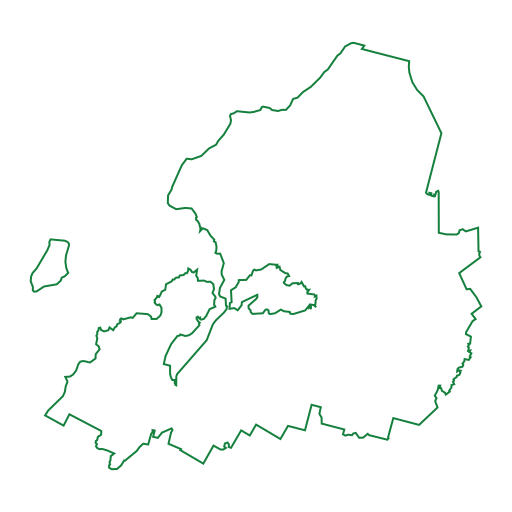 Porirua City, Wellington, New Zealand
{"feature_id": "76426892B55441287291699", "entity_name": "Porirua City", "entity_type": "district", "adm_level": 2, "iso_a3": "NZL", "parent_name": "New Zealand", "parent_adm1": "Wellington", "projection": "mercator", "projection_center": [174.863, -41.084], "detail": "fine", "context": "isolated", "style": "outline", "palette": "green", "viewbox_px": 512, "rotation_deg": 0, "n_neighbors": 0, "source": "geoboundaries", "source_scale": "gbopen_adm2", "svg_char_len": 6046}
<svg xmlns="http://www.w3.org/2000/svg" viewBox="0 0 512 512"><path d="M353.6,42.8L351.1,43.2L345.1,46.5L340.4,53.4L337.4,55.6L327.8,69.5L324.3,72.0L320.2,77.6L310.9,86.8L302.9,92.1L297.5,97.7L293.1,98.9L290.1,105.5L285.9,109.9L282.2,109.8L277.9,111.0L272.0,110.0L269.7,108.0L262.9,106.6L261.7,107.2L260.4,110.0L253.9,111.9L249.5,112.5L237.0,111.2L233.6,113.4L230.9,114.0L230.0,116.0L231.0,120.1L230.4,123.7L223.8,134.6L218.3,140.8L216.1,144.7L209.2,148.3L201.3,155.9L191.7,159.3L186.7,158.7L181.9,165.1L172.2,186.8L171.5,189.7L168.1,195.3L167.8,203.1L169.5,205.6L176.2,209.2L185.4,207.9L191.6,208.5L195.7,214.0L196.8,217.2L196.1,217.7L196.1,219.8L197.6,220.9L199.3,223.8L200.1,227.4L200.7,227.5L200.1,231.1L202.8,228.3L207.2,230.1L210.6,235.8L214.3,239.7L213.9,241.4L215.6,242.3L216.5,246.5L216.3,250.5L215.4,252.8L217.0,253.7L220.2,253.7L223.8,263.1L221.6,271.2L221.7,274.6L224.3,279.9L220.0,287.8L219.0,294.1L220.2,296.5L225.6,298.6L226.0,305.7L227.1,306.4L226.4,309.4L224.0,312.5L215.6,320.6L212.8,324.5L206.7,340.2L177.2,374.0L176.3,376.4L176.2,385.2L175.3,384.7L175.4,382.8L174.8,384.0L174.7,380.0L172.3,380.0L170.9,377.3L170.1,374.0L170.1,365.7L163.8,364.1L165.6,355.9L171.2,344.0L177.4,336.0L179.8,335.5L180.3,334.5L185.5,336.0L189.1,335.2L192.2,333.1L199.4,325.2L198.9,323.6L199.8,322.7L197.8,321.0L196.5,318.6L196.7,317.3L197.8,316.7L198.9,318.0L200.1,317.6L199.9,318.8L200.9,319.6L203.7,319.0L206.2,316.0L209.6,309.2L215.3,306.7L214.1,304.5L214.4,300.0L215.6,298.1L215.3,296.6L212.5,293.0L214.0,289.1L213.3,284.1L210.4,281.7L207.0,281.9L204.1,280.6L198.0,280.8L197.7,277.9L196.2,275.8L197.1,269.7L193.6,272.5L191.8,271.9L190.5,269.7L188.3,268.5L188.2,270.6L187.0,273.1L185.3,273.2L183.6,275.0L179.8,275.5L178.8,277.5L176.1,277.6L173.9,279.7L172.7,279.5L171.6,281.4L166.1,284.2L165.2,289.8L161.8,291.5L159.8,296.0L158.6,296.7L160.0,297.2L157.5,296.7L157.6,295.0L156.8,297.5L154.5,300.1L155.1,301.3L154.6,302.6L156.0,304.2L157.5,305.2L159.5,304.5L161.5,307.9L161.5,312.4L160.4,315.5L156.7,318.9L151.6,319.0L151.1,316.6L147.7,314.1L136.6,313.3L132.7,317.9L130.8,317.3L123.1,319.4L121.3,318.4L120.1,319.4L120.5,320.3L119.9,320.9L120.8,321.5L120.4,322.6L117.2,324.3L116.6,326.3L114.9,327.3L113.2,330.2L109.5,327.4L108.4,330.2L104.1,331.4L101.1,330.0L100.3,327.6L98.7,328.1L98.4,330.6L97.2,331.8L97.3,334.2L96.4,335.7L97.3,338.3L96.1,344.2L98.8,346.5L99.6,349.3L95.7,354.2L95.5,358.5L90.0,362.5L83.5,361.0L80.4,361.6L78.4,364.1L76.1,370.6L73.1,374.5L69.9,376.6L65.3,376.9L67.3,381.1L67.2,382.7L65.8,386.0L64.8,392.0L62.9,396.2L48.3,410.4L45.1,415.4L63.6,425.6L69.4,414.3L101.3,431.0L101.1,434.8L97.9,436.8L97.1,440.2L95.9,440.9L95.6,442.8L96.9,444.0L96.0,446.3L97.4,448.2L99.6,449.2L102.0,448.9L106.9,450.3L114.2,453.5L110.8,456.1L110.4,460.5L109.5,462.0L110.1,464.5L109.1,465.3L109.1,467.7L111.7,469.2L116.9,469.0L121.1,465.5L124.1,460.5L124.9,460.7L136.7,451.0L139.5,447.1L143.2,443.7L148.2,444.5L151.2,433.8L152.6,432.1L152.5,430.1L154.7,430.5L153.1,436.8L157.8,437.9L162.0,432.6L171.6,428.4L172.5,430.0L171.0,432.7L168.5,443.8L181.0,449.1L180.3,450.1L203.3,463.6L213.5,445.6L220.5,449.5L223.3,449.5L225.9,447.9L224.2,446.6L224.9,443.5L227.6,442.5L228.9,444.5L228.8,447.0L231.0,447.8L241.2,430.4L249.8,435.5L256.1,424.6L280.4,439.0L288.0,425.9L305.0,430.3L311.6,404.8L320.8,407.2L319.4,413.8L321.6,417.6L321.7,423.6L344.3,429.5L343.0,434.3L345.3,435.6L348.3,434.7L352.0,435.2L353.3,433.5L355.7,432.9L359.2,437.8L363.2,437.6L367.7,433.8L369.2,435.2L387.4,439.7L388.6,438.2L388.1,437.2L393.3,418.1L419.1,424.9L437.5,407.5L435.2,401.1L436.5,398.1L434.8,395.7L437.6,390.3L438.7,385.6L440.2,385.6L439.8,388.1L441.2,388.2L441.9,390.8L445.0,392.7L445.8,394.6L449.8,391.6L449.2,390.7L451.4,387.5L451.5,385.1L454.2,384.2L453.0,381.6L454.0,380.7L453.5,379.3L456.8,376.8L456.9,375.7L459.4,374.8L460.4,372.5L460.0,372.0L460.7,370.7L458.7,370.4L457.2,371.4L457.5,369.1L458.7,367.7L462.5,366.7L463.3,364.8L462.5,363.5L464.3,361.4L464.6,359.1L468.8,359.9L470.5,357.5L469.8,357.5L469.7,356.4L471.4,353.3L469.3,352.0L470.2,350.5L468.1,350.8L468.9,347.8L467.8,346.5L468.8,345.3L468.3,343.8L470.1,343.7L470.9,336.6L465.9,334.1L466.2,332.0L472.6,321.1L475.6,319.1L471.6,313.8L481.3,306.4L476.5,297.4L470.2,288.9L466.6,289.3L459.2,273.1L480.4,257.3L479.3,255.4L479.2,253.7L480.0,251.9L478.5,251.2L478.1,227.7L465.8,231.4L462.6,229.2L459.6,230.3L458.8,233.1L456.7,234.5L446.3,234.4L438.8,232.8L438.7,192.2L438.2,190.8L436.2,191.8L435.1,195.7L434.1,194.9L433.8,196.4L431.5,195.7L431.3,193.2L429.5,192.9L430.2,195.0L427.3,194.2L426.0,192.7L441.4,133.2L423.6,96.5L417.1,89.9L412.4,82.3L409.4,72.7L408.8,66.7L409.2,61.2L361.9,49.0L364.3,45.6L353.6,42.8ZM261.2,269.5L269.2,264.1L276.8,264.8L277.2,265.5L276.3,265.4L276.6,267.1L277.6,265.7L277.8,267.5L279.5,266.7L280.4,270.0L285.2,273.1L287.7,273.5L289.1,276.0L286.9,276.6L285.5,278.6L285.1,280.8L283.8,282.3L284.1,283.2L286.6,285.1L289.7,285.7L292.4,283.3L298.8,283.0L297.6,283.7L298.1,284.3L300.6,283.4L301.6,282.0L304.0,286.4L305.1,286.2L306.0,288.8L306.9,289.4L307.1,288.7L307.4,290.2L309.0,289.9L307.3,292.4L307.5,293.6L314.3,294.5L315.1,295.5L314.9,296.4L316.4,295.6L316.6,298.7L315.6,300.5L315.5,304.0L314.5,305.0L316.1,307.2L313.6,305.0L310.9,304.6L310.9,309.2L309.9,306.3L309.2,307.2L309.2,305.5L305.2,310.4L293.1,314.1L290.2,313.6L289.7,311.9L284.1,311.3L280.8,309.6L275.0,313.3L270.1,314.1L268.8,313.3L268.5,310.4L267.0,309.4L265.4,309.8L262.8,313.3L252.4,313.9L250.6,311.9L250.5,310.1L248.7,308.5L248.5,305.7L256.2,298.9L257.4,297.1L257.3,294.8L241.9,302.1L241.6,305.2L237.7,310.3L234.3,308.1L229.5,308.8L229.9,303.0L231.6,302.2L231.0,290.2L235.7,287.3L238.7,282.1L238.8,280.1L246.2,279.9L250.0,275.2L251.4,275.4L253.1,270.6L254.4,269.6L256.0,270.4L261.2,269.5ZM64.7,240.7L50.6,239.4L49.3,242.1L49.6,244.8L47.3,250.3L36.5,268.6L32.6,273.0L31.1,276.6L30.7,281.3L32.9,287.0L32.8,290.4L34.1,291.6L36.5,291.5L44.0,286.5L56.8,284.3L60.7,280.7L61.7,277.7L64.7,276.3L68.2,272.9L66.4,268.5L65.4,261.9L66.0,255.5L68.9,245.8L68.9,243.6L67.5,241.9L64.7,240.7Z" fill="none" stroke="#15803d" stroke-width="2"/></svg>